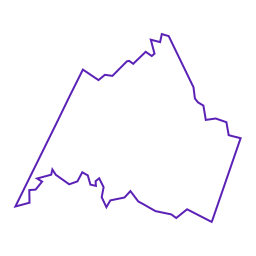 the district of Campbell, Virginia, United States of America
{"feature_id": "52423323B79148306227906", "entity_name": "Campbell", "entity_type": "district", "adm_level": 2, "iso_a3": "USA", "parent_name": "United States of America", "parent_adm1": "Virginia", "projection": "albers", "projection_center": [-79.136, 37.228], "detail": "fine", "context": "isolated", "style": "outline", "palette": "violet", "viewbox_px": 256, "rotation_deg": 0, "n_neighbors": 0, "source": "geoboundaries", "source_scale": "gbopen_adm2", "svg_char_len": 773}
<svg xmlns="http://www.w3.org/2000/svg" viewBox="0 0 256 256"><path d="M211.6,221.9L212.5,219.8L240.6,138.2L228.7,135.2L226.4,122.2L215.7,118.5L205.8,119.9L203.4,105.6L198.0,102.4L194.9,98.5L193.5,87.3L168.7,36.1L161.8,34.1L160.1,42.1L150.8,39.7L154.5,53.7L151.7,56.0L145.7,51.8L133.2,63.8L129.2,60.9L126.9,61.3L112.4,75.9L104.9,74.8L98.5,80.1L82.9,69.6L69.5,96.4L56.5,123.2L15.4,206.5L29.5,202.7L29.3,190.1L35.6,189.6L42.1,181.6L37.1,178.5L51.2,174.7L52.4,169.5L55.8,174.8L69.2,184.3L77.4,181.4L82.3,172.3L87.8,175.4L90.4,184.6L95.9,185.9L95.6,181.2L99.2,178.3L103.6,187.2L101.7,197.2L106.4,207.2L110.3,200.4L124.5,197.5L130.4,191.1L138.3,201.5L143.2,204.1L155.4,211.1L171.3,214.4L176.2,218.0L187.1,209.3L211.6,221.9Z" fill="none" stroke="#5b21b6" stroke-width="2"/></svg>